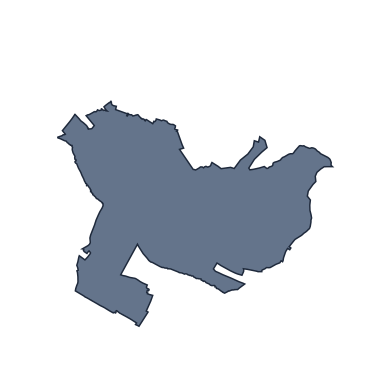 Suplacu De Barcau, Bihor, Romania, rotated 252°
{"feature_id": "2599482B91018668857272", "entity_name": "Suplacu De Barcau", "entity_type": "district", "adm_level": 2, "iso_a3": "ROU", "parent_name": "Romania", "parent_adm1": "Bihor", "projection": "orthographic", "projection_center": [22.507, 47.235], "detail": "fine", "context": "isolated", "style": "filled", "palette": "slate", "viewbox_px": 384, "rotation_deg": 252, "n_neighbors": 0, "source": "geoboundaries", "source_scale": "gbopen_adm2", "svg_char_len": 5961}
<svg xmlns="http://www.w3.org/2000/svg" viewBox="0 0 384 384"><g transform="rotate(252 192 192)"><path d="M172.7,333.4L173.6,332.9L174.5,332.6L175.4,332.8L177.0,333.5L179.7,333.4L181.0,333.1L183.0,331.8L188.9,325.9L189.5,325.8L190.5,325.3L192.3,323.8L194.7,322.7L196.1,321.3L196.8,320.1L197.1,319.4L197.1,317.5L197.3,317.1L199.9,313.9L201.4,312.7L201.6,311.4L202.6,309.4L202.7,308.4L199.2,302.5L197.9,300.9L197.3,299.6L198.0,297.3L198.0,295.5L197.0,291.0L196.8,288.8L196.0,287.2L195.2,286.2L195.0,285.6L194.7,282.7L194.8,279.4L194.6,278.7L194.3,278.0L192.5,277.1L192.0,276.2L191.8,275.4L191.9,274.0L191.8,273.1L191.2,271.9L191.1,271.2L191.3,270.4L193.9,268.6L194.0,263.5L194.6,257.3L195.2,253.9L197.2,253.4L203.8,261.4L208.3,270.5L211.0,277.1L218.6,277.3L223.6,273.5L218.9,270.7L221.5,267.1L216.0,264.2L210.8,256.8L207.4,247.9L201.3,239.4L203.5,236.3L205.2,226.9L208.4,224.7L213.9,220.1L213.2,219.3L211.5,218.0L211.1,217.4L210.8,215.6L210.9,214.5L212.1,213.2L212.0,211.6L211.4,210.5L212.7,209.4L213.2,207.8L212.6,206.0L212.0,203.3L211.9,202.0L212.6,201.2L213.1,200.1L236.4,193.3L236.3,197.6L240.0,197.2L253.6,196.8L254.5,196.1L254.9,197.1L255.3,197.5L255.7,197.1L256.7,195.3L257.2,195.1L257.6,195.1L258.7,196.1L260.0,196.7L261.8,195.3L262.2,194.6L262.8,192.9L263.7,191.6L265.6,190.1L266.9,190.0L268.4,188.0L269.1,187.4L269.3,186.5L269.2,185.1L269.4,184.7L270.3,183.9L272.5,180.6L271.4,179.9L270.9,179.3L270.4,178.2L271.0,177.6L269.1,175.8L275.0,171.0L275.1,170.7L274.8,170.1L274.1,169.6L274.2,169.4L274.9,169.0L275.7,169.0L276.0,168.8L276.7,168.0L276.8,167.7L276.7,167.1L277.7,166.8L278.1,166.1L278.7,166.0L279.8,165.4L282.1,164.5L282.5,163.7L282.3,163.0L282.5,162.3L282.4,161.4L282.6,159.2L283.7,158.7L284.2,158.3L284.4,157.5L285.2,156.2L286.2,155.6L285.4,155.3L284.3,154.0L284.7,153.5L286.2,154.9L294.0,144.8L296.9,146.5L298.3,144.1L299.4,143.0L300.9,142.7L302.5,143.1L303.3,142.9L302.9,142.1L302.6,142.0L302.4,141.3L302.6,140.9L301.1,136.6L300.2,134.6L296.4,135.6L295.4,136.2L296.0,135.0L296.5,134.6L297.4,132.8L297.3,132.7L298.8,132.0L299.1,131.6L299.0,131.4L298.3,131.2L297.9,130.8L298.1,128.9L299.3,127.5L298.7,127.0L298.0,125.8L298.1,125.0L298.5,124.5L298.4,124.1L298.5,123.2L298.3,122.8L297.4,118.1L297.6,116.5L297.3,114.9L285.4,119.6L283.3,116.5L283.3,115.3L283.7,114.0L283.8,112.8L285.2,112.6L285.2,112.9L287.8,112.2L291.4,110.1L294.1,108.2L296.7,107.2L302.0,104.7L302.0,104.4L301.7,104.3L298.8,100.5L296.7,97.5L290.4,87.7L286.1,89.4L285.9,88.9L286.2,86.9L285.7,85.9L285.7,83.4L285.6,81.3L284.9,81.2L283.3,83.3L280.2,86.6L279.2,88.1L277.4,88.7L276.5,89.5L275.0,90.1L274.5,90.9L274.1,91.0L274.1,90.6L273.3,92.3L272.4,91.9L271.5,92.2L269.7,91.3L268.5,91.1L266.0,91.0L262.1,91.7L260.8,91.0L259.0,90.8L258.8,91.0L258.8,91.5L258.1,91.6L257.5,91.4L257.0,90.1L256.4,90.0L255.6,90.2L254.4,91.1L249.8,91.4L245.1,92.3L241.8,92.5L237.6,93.1L235.9,93.1L233.6,93.6L232.9,93.5L232.5,94.2L232.3,94.3L231.5,94.3L230.6,93.7L230.5,93.8L230.8,94.5L230.6,94.9L227.7,95.7L226.9,96.2L226.2,96.0L225.3,96.4L224.5,95.9L224.1,96.3L224.0,96.2L223.9,95.8L223.6,95.7L223.5,96.0L223.4,96.3L221.9,96.5L221.3,97.1L220.1,96.8L219.2,97.6L218.3,97.9L217.2,98.6L215.3,99.1L214.6,100.1L212.2,101.5L211.5,102.2L210.1,103.0L209.6,103.5L209.2,103.2L208.1,103.8L207.3,103.3L206.9,103.4L206.1,102.9L204.5,101.5L201.7,98.3L199.6,96.3L194.9,92.1L190.7,89.1L182.4,82.3L179.8,80.7L175.9,79.8L175.1,79.5L174.0,78.4L173.5,77.4L173.1,76.4L171.8,70.1L171.4,70.9L170.6,71.3L169.9,70.7L168.6,71.1L166.0,73.1L167.6,75.3L167.7,75.9L165.7,76.7L165.0,76.4L162.4,72.7L160.5,69.2L166.2,65.1L165.0,64.2L160.9,61.9L157.9,59.8L155.4,59.9L152.8,59.6L152.6,58.2L150.9,58.2L146.6,57.3L141.8,55.8L140.5,55.1L138.8,53.6L136.1,51.6L134.0,50.5L126.7,56.9L125.2,57.9L124.1,59.1L112.2,69.8L109.9,72.2L104.1,77.2L101.4,79.7L101.3,80.0L101.6,80.7L101.5,81.0L100.6,81.8L100.6,82.0L100.8,82.4L101.5,82.5L102.5,83.3L102.4,83.7L99.2,85.8L90.8,93.7L84.6,98.8L83.4,97.3L82.9,97.8L83.0,97.9L80.7,100.1L91.4,113.1L92.9,111.7L101.1,119.1L105.8,122.7L107.7,119.8L109.0,118.2L109.6,118.7L110.4,117.9L111.9,118.8L112.2,119.1L111.6,119.7L111.5,120.1L111.7,120.5L112.4,121.0L113.0,120.9L114.3,119.5L115.1,119.2L115.7,119.3L117.4,120.7L120.7,117.0L123.2,114.7L124.4,113.9L126.9,111.8L127.5,111.1L130.0,106.4L132.6,102.8L133.8,100.6L135.3,98.6L159.2,124.0L157.1,124.3L148.5,126.5L143.1,128.8L140.2,129.8L138.2,131.1L137.3,132.5L131.1,138.4L129.4,140.3L129.2,141.3L128.0,142.8L127.3,144.8L126.4,145.2L126.3,145.8L125.5,147.8L120.0,154.4L119.3,154.9L118.1,157.4L116.2,159.5L116.2,160.6L115.9,161.3L115.2,162.1L114.7,162.3L114.6,162.5L113.6,163.8L113.2,164.3L113.2,164.9L112.2,165.7L111.9,166.8L111.3,167.3L110.5,167.5L110.0,167.9L109.7,168.5L108.4,169.3L107.8,171.1L107.5,171.4L106.5,173.7L105.5,173.5L105.3,173.7L104.7,174.4L103.5,175.2L103.7,175.8L103.0,176.7L101.4,177.4L99.2,179.9L97.8,180.7L96.9,181.8L96.2,184.4L95.7,184.8L94.7,184.5L94.5,185.1L93.6,185.6L93.1,185.4L92.7,185.5L92.1,186.6L91.1,187.5L88.3,189.4L87.3,190.4L87.1,190.3L85.7,191.8L86.3,195.4L86.6,195.8L86.6,196.3L86.3,196.6L86.5,200.0L86.1,200.6L86.1,201.2L85.9,201.9L86.0,202.4L85.9,202.8L85.6,203.4L85.4,204.6L85.1,205.2L86.0,207.2L88.2,213.7L89.6,212.2L92.2,208.9L97.9,202.7L103.7,195.9L107.4,192.0L109.3,189.8L112.2,188.6L116.7,193.8L115.5,194.9L113.3,196.6L105.0,204.4L101.6,208.0L99.9,210.1L97.4,213.8L100.4,216.5L102.2,217.2L103.1,217.2L101.4,220.7L100.1,223.0L96.7,229.0L95.8,230.2L94.7,233.8L95.6,234.0L96.1,234.7L96.5,237.9L97.1,239.5L96.2,241.8L96.0,243.1L97.3,249.6L97.5,253.6L99.0,255.5L97.7,256.6L98.6,257.4L101.1,258.7L105.8,262.2L106.7,263.0L108.8,265.5L106.9,267.1L108.2,268.7L110.0,267.5L114.6,274.5L115.1,275.4L117.0,283.0L118.4,286.1L118.8,287.7L119.8,290.1L120.5,291.2L120.8,292.3L122.7,293.8L126.6,295.8L128.6,296.5L130.3,297.7L133.7,298.2L138.1,298.5L143.2,300.0L147.8,302.1L152.4,300.4L157.0,302.9L161.8,309.4L163.7,313.0L168.9,314.1L172.1,316.9L174.1,321.6L175.2,325.6L172.7,333.4Z" fill="#64748b" stroke="#1e293b" stroke-width="1.5"/></g></svg>